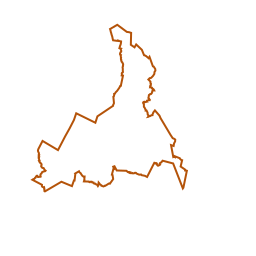 Ahualulco, San Luis Potosí, Mexico, rotated 23°
{"feature_id": "50627088B61633980721987", "entity_name": "Ahualulco", "entity_type": "district", "adm_level": 2, "iso_a3": "MEX", "parent_name": "Mexico", "parent_adm1": "San Luis Potosí", "projection": "natural_earth1", "projection_center": [-101.253, 22.473], "detail": "fine", "context": "isolated", "style": "outline", "palette": "amber", "viewbox_px": 256, "rotation_deg": 23, "n_neighbors": 0, "source": "geoboundaries", "source_scale": "gbopen_adm2", "svg_char_len": 5528}
<svg xmlns="http://www.w3.org/2000/svg" viewBox="0 0 256 256"><g transform="rotate(23 128 128)"><path d="M154.1,106.2L152.1,104.3L145.9,101.3L145.2,103.9L145.3,104.2L145.3,106.2L145.5,106.6L144.6,107.1L143.7,108.4L143.0,108.7L142.5,109.6L142.2,109.8L142.3,109.4L142.2,108.8L141.9,108.4L141.7,108.2L141.1,108.1L140.8,107.8L140.0,106.2L138.4,104.8L138.1,105.0L137.5,105.1L137.5,104.9L137.7,104.7L137.4,104.4L136.4,103.7L136.2,103.7L135.3,102.7L134.5,102.4L134.3,102.2L133.4,100.0L133.0,99.4L132.5,99.4L132.4,98.9L132.0,98.5L132.3,98.1L132.2,98.1L132.3,97.8L132.8,97.4L133.4,97.5L133.5,97.6L134.3,97.0L134.2,97.0L134.4,96.9L134.6,96.7L134.8,95.4L135.2,95.2L135.6,94.7L135.9,94.3L136.2,94.4L136.5,94.1L137.1,93.9L137.1,93.6L136.8,93.5L136.0,92.8L135.0,92.4L134.9,91.4L134.4,89.6L134.4,89.4L134.7,89.1L135.0,88.3L135.3,88.2L135.4,87.9L135.7,87.7L135.8,87.8L136.0,87.6L136.3,86.4L136.1,85.6L136.2,85.4L135.9,84.3L136.1,83.8L136.5,83.6L137.5,83.2L137.2,82.9L136.6,82.6L136.2,82.3L135.2,82.2L134.8,81.9L134.7,82.2L133.9,81.8L132.8,81.7L132.6,81.8L132.6,81.7L132.4,81.6L132.4,81.2L132.5,81.2L132.5,80.8L132.5,80.6L132.2,79.5L132.1,79.2L132.0,79.3L132.0,79.1L132.0,78.8L131.6,78.1L131.3,78.0L131.1,77.9L130.5,76.5L127.8,75.4L128.5,73.6L129.4,73.2L129.9,72.3L130.7,70.2L131.1,67.9L130.5,66.1L130.8,64.5L130.0,63.0L127.6,61.4L126.8,61.5L120.0,54.1L119.7,55.7L116.5,54.7L115.5,54.7L114.9,54.5L114.3,54.7L110.2,50.6L102.9,47.9L102.5,51.2L98.1,50.3L93.7,39.2L91.5,39.4L89.4,40.0L77.8,37.2L72.8,43.9L73.3,44.4L74.0,45.4L75.2,47.0L75.5,47.2L76.1,48.1L78.0,50.3L79.0,51.8L80.0,53.1L84.1,52.0L84.3,51.4L85.1,51.3L85.2,51.5L85.4,51.6L85.8,51.4L86.4,51.3L87.8,51.0L88.0,51.5L88.5,53.4L88.6,54.5L88.6,55.6L88.9,57.8L89.3,57.7L89.6,57.8L90.3,57.7L90.1,58.1L90.5,58.2L90.7,58.5L91.7,59.7L91.8,60.0L91.9,60.5L91.6,60.9L91.5,61.5L91.6,62.6L91.7,63.0L92.0,63.2L92.1,63.5L93.0,63.6L93.0,63.9L93.1,64.4L93.6,65.3L93.7,65.5L94.1,65.8L94.2,66.5L94.5,67.2L94.8,67.4L94.8,67.7L95.0,68.0L95.4,68.2L95.5,68.6L95.6,68.8L96.4,69.6L97.0,69.7L97.7,70.4L98.0,70.5L98.4,71.1L98.6,71.2L98.9,71.9L98.9,72.4L99.1,72.9L99.3,73.4L99.2,73.7L99.4,74.5L99.8,75.0L100.5,76.5L100.9,77.5L101.3,78.1L101.5,78.8L101.2,79.1L100.9,79.7L100.9,80.0L101.0,80.4L101.4,81.0L101.7,81.9L101.7,82.1L102.3,82.0L102.3,81.8L102.9,81.7L104.7,90.9L105.0,91.9L104.8,92.3L104.4,92.4L104.3,94.3L103.5,98.0L102.7,100.0L102.5,101.6L101.9,102.0L102.4,103.1L102.5,103.7L102.6,104.4L102.5,104.5L102.3,104.9L105.3,110.5L105.4,110.9L105.4,111.4L105.3,112.5L105.4,112.9L105.6,113.4L95.3,129.2L95.9,135.9L74.6,134.7L75.1,141.7L74.4,151.1L73.4,160.3L72.2,175.7L54.4,173.3L53.7,182.3L53.8,183.5L53.9,183.9L54.5,184.8L55.2,185.4L55.8,185.9L56.0,186.3L56.3,187.6L56.8,187.6L56.8,188.6L57.0,189.1L57.0,189.4L57.1,189.5L57.4,189.5L57.4,189.8L57.6,189.7L57.7,190.3L58.1,191.2L58.8,192.1L59.4,192.5L59.5,192.7L59.5,192.8L59.0,193.1L60.0,194.0L60.6,194.3L60.7,194.2L61.2,194.4L61.6,194.5L61.9,194.8L62.2,194.8L62.5,195.2L62.8,195.5L63.0,196.4L62.9,197.0L63.6,197.5L64.0,198.0L64.5,198.0L65.2,198.1L65.5,198.0L65.7,197.9L66.1,197.9L66.8,198.5L67.2,198.8L68.0,199.3L68.8,199.5L68.6,200.1L67.9,200.6L67.5,200.8L67.4,201.0L66.6,201.7L66.2,202.2L66.1,202.6L66.2,203.6L65.7,204.4L65.6,204.9L65.7,205.5L66.6,206.8L66.6,207.0L65.7,207.4L64.9,208.0L64.2,208.3L64.0,208.2L63.8,208.0L63.2,207.4L62.7,207.6L62.4,208.2L62.3,208.9L62.3,209.8L61.9,210.1L61.8,210.9L61.6,211.4L61.3,211.7L60.8,212.1L60.2,213.0L71.0,213.9L71.4,215.1L72.1,215.6L73.7,215.6L73.9,215.3L74.1,215.5L74.2,216.2L74.8,216.6L74.9,217.2L75.1,217.7L75.4,218.0L75.6,217.9L75.7,218.0L75.8,218.4L75.8,218.7L76.3,218.8L87.7,203.5L99.1,203.4L98.7,197.4L99.3,197.2L97.4,190.6L97.2,190.5L99.8,187.0L100.4,187.6L101.2,187.9L101.9,188.0L103.0,188.8L104.6,189.8L106.5,190.3L106.6,189.8L106.9,189.7L106.9,189.8L106.9,190.2L107.1,190.4L107.3,190.5L107.8,192.3L108.2,192.7L108.2,193.0L108.4,193.4L108.2,193.6L108.3,194.4L112.9,192.6L113.4,192.9L114.1,192.8L114.5,192.1L115.6,191.6L116.0,191.7L116.2,192.1L116.6,192.1L116.8,191.9L117.0,191.9L117.3,191.9L117.6,191.7L118.2,192.3L118.5,192.3L118.8,192.4L119.4,192.0L120.6,192.3L120.9,192.4L121.1,192.3L122.4,192.4L122.6,192.9L123.0,193.2L123.1,192.6L122.3,189.7L123.1,190.1L123.9,190.7L126.0,191.2L126.1,191.5L128.2,191.4L128.7,190.9L129.4,190.3L129.3,190.1L130.1,189.5L131.4,187.6L131.9,186.8L132.1,186.6L132.5,186.5L132.6,186.3L133.1,186.3L134.3,180.8L132.1,177.3L131.4,177.3L130.5,171.0L131.2,171.4L131.5,171.0L131.1,170.9L130.9,170.7L130.2,170.2L130.0,169.9L129.7,169.6L129.5,169.4L130.5,168.5L134.2,171.5L143.3,168.0L144.9,168.6L145.7,168.3L145.7,168.6L146.4,168.6L146.5,168.1L147.4,167.9L147.4,168.7L147.7,168.7L148.6,168.3L149.0,168.2L149.7,167.7L150.1,167.9L150.8,167.6L151.3,167.3L151.8,166.6L152.7,166.2L152.9,166.2L153.4,166.6L153.6,166.6L156.4,166.6L156.7,166.5L158.2,165.7L158.9,166.1L162.2,165.4L164.7,165.6L165.8,149.7L166.1,149.6L166.4,149.6L166.4,149.9L166.9,150.0L167.6,149.3L168.0,149.2L168.5,149.5L168.5,149.9L168.8,150.4L169.1,150.5L170.1,151.0L170.4,151.0L171.4,149.9L171.8,149.2L171.3,148.9L171.1,148.8L171.2,147.7L171.4,147.5L171.6,147.1L172.1,146.7L172.6,144.6L174.5,144.3L183.4,143.0L202.1,162.2L202.3,161.3L198.9,144.4L197.2,144.8L197.0,144.0L191.5,142.9L190.4,136.5L189.4,136.6L189.2,136.5L188.0,136.1L187.5,135.6L182.9,135.7L182.8,136.4L182.4,136.3L182.5,136.5L182.3,136.5L181.9,136.6L182.2,135.7L181.5,135.7L181.5,136.4L181.0,137.0L174.3,126.9L177.0,126.7L176.4,124.2L176.6,121.9L176.0,120.2L174.8,119.9L173.1,119.9L169.8,117.7L154.1,106.2Z" fill="none" stroke="#b45309" stroke-width="2"/></g></svg>